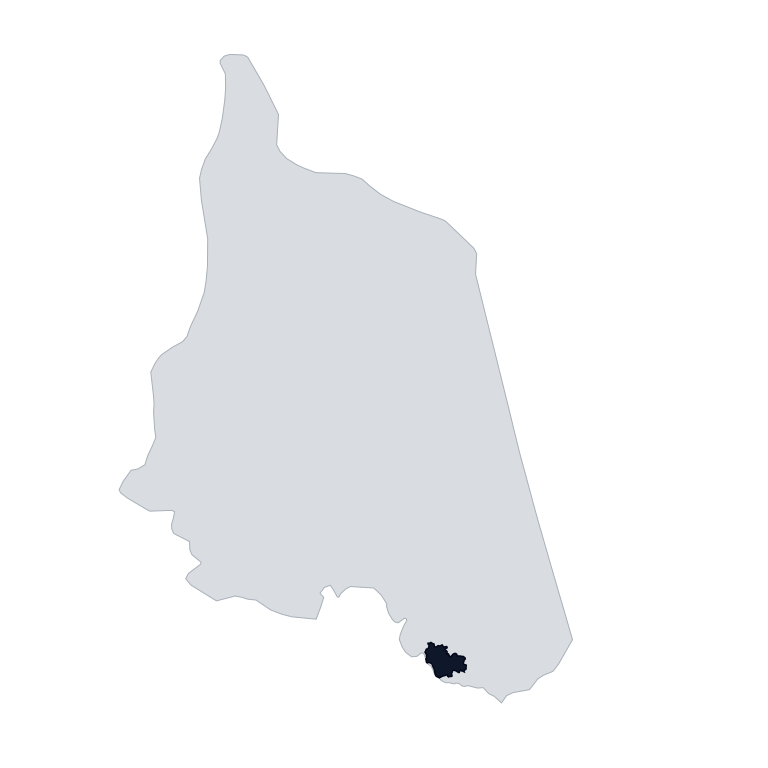 Qatana, Rif Dimashq, Syria shown in context, rotated 290°
{"feature_id": "27442178B63011141740515", "entity_name": "Qatana", "entity_type": "district", "adm_level": 2, "iso_a3": "SYR", "parent_name": "Syria", "parent_adm1": "Rif Dimashq", "projection": "equal_earth", "projection_center": [36.018, 33.361], "detail": "fine", "context": "in_parent", "style": "filled", "palette": "ink", "viewbox_px": 768, "rotation_deg": 290, "n_neighbors": 0, "source": "geoboundaries", "source_scale": "gbopen_adm2", "svg_char_len": 6221}
<svg xmlns="http://www.w3.org/2000/svg" viewBox="0 0 768 768"><g transform="rotate(290 384 384)"><path d="M133.2,264.3L139.1,265.0L151.9,273.3L154.0,273.0L157.8,262.1L161.6,258.4L169.4,255.1L171.6,237.5L175.3,234.1L179.7,232.3L186.5,231.9L192.4,230.9L192.7,227.8L184.4,207.4L185.2,202.2L189.1,181.8L191.6,173.8L194.0,171.2L203.3,172.2L216.4,175.8L219.9,181.7L226.3,186.9L236.0,186.5L247.0,187.5L255.7,187.9L262.6,184.2L278.2,177.3L285.9,175.0L292.9,172.0L315.4,160.8L324.5,161.7L330.7,163.1L335.4,164.9L346.2,172.6L355.0,180.3L361.2,182.6L372.3,182.5L388.4,184.0L408.1,183.8L419.5,181.7L434.1,177.9L460.1,168.7L494.2,149.6L514.2,140.3L522.9,139.2L534.2,139.1L545.6,141.5L558.5,143.2L564.4,143.1L578.3,141.2L596.3,137.3L607.5,134.1L621.1,128.9L629.4,120.3L632.1,119.4L635.7,121.0L637.4,121.6L641.0,126.5L645.0,139.1L645.1,140.5L644.5,144.1L635.8,154.6L624.0,168.7L615.6,177.6L601.2,192.7L590.3,195.9L571.9,201.4L567.1,206.6L562.6,215.2L560.2,226.8L559.5,234.1L559.3,247.8L564.0,262.0L568.5,275.6L569.2,284.6L569.0,293.5L565.1,303.0L561.0,316.0L558.8,330.7L558.0,358.4L558.5,382.0L558.2,385.8L550.9,402.5L542.3,422.0L538.2,426.5L518.6,432.4L497.3,446.7L473.5,462.7L451.8,477.3L429.0,492.6L405.4,508.5L388.4,519.8L365.7,535.0L345.0,549.6L324.0,564.3L308.1,575.6L283.8,593.3L269.5,603.7L248.5,619.1L230.1,632.6L208.2,648.6L180.6,643.8L171.9,641.1L164.8,633.4L159.5,629.4L146.5,625.2L138.2,610.9L133.2,605.8L124.5,603.5L128.2,594.4L128.9,588.3L132.6,581.0L130.3,576.1L129.2,565.9L127.5,563.4L126.9,560.7L128.2,557.4L127.7,554.0L126.2,552.6L125.6,547.5L124.3,543.7L125.0,539.1L126.9,536.1L128.9,530.4L131.1,528.6L134.8,525.0L135.8,521.3L139.1,517.6L143.5,514.6L144.5,512.2L143.9,510.8L139.4,508.1L137.1,503.4L139.2,496.4L140.6,494.3L143.2,490.9L149.1,485.8L153.8,485.0L157.8,485.0L164.6,485.4L169.8,486.3L171.1,485.0L170.9,483.3L164.5,479.1L164.1,475.8L165.7,472.2L170.3,466.6L175.8,462.5L178.5,461.7L184.8,453.4L188.8,444.2L182.2,421.7L178.3,418.1L172.0,415.0L168.2,414.5L167.9,413.0L172.9,407.3L176.5,402.4L172.5,397.6L165.5,395.4L162.9,400.3L153.8,400.8L139.8,400.7L133.7,377.0L132.7,366.7L132.9,354.9L137.2,337.6L135.2,329.5L135.0,324.1L133.9,316.7L122.9,300.7L129.0,271.4L133.2,264.3Z" fill="#d9dde1" stroke="#a8b0b8" stroke-width="1"/><path d="M158.4,533.2L158.7,532.6L158.5,532.0L158.1,531.7L157.9,531.5L157.6,530.6L157.5,530.1L157.6,529.5L157.9,529.0L158.4,528.5L158.4,528.4L158.5,528.4L158.8,528.0L158.7,527.7L158.4,527.6L157.8,527.3L157.6,526.8L157.4,526.4L156.8,525.8L156.6,525.3L156.8,524.7L156.1,523.8L155.5,523.6L155.0,523.3L154.7,522.8L154.5,522.1L154.5,521.7L154.7,521.3L155.2,520.8L155.8,520.5L156.9,519.7L156.6,519.0L156.6,518.8L157.0,517.6L157.2,516.4L156.5,515.8L156.0,515.6L155.7,514.7L155.5,514.0L155.1,514.1L154.7,514.3L154.4,514.9L154.3,515.4L153.8,515.6L153.0,516.0L152.1,515.9L151.2,516.0L150.8,516.0L150.3,515.8L149.9,515.3L149.5,514.6L149.1,514.4L148.5,514.4L147.6,514.5L146.1,514.2L146.0,514.3L145.8,514.5L145.5,514.9L145.3,515.1L145.2,515.2L145.1,515.3L144.9,515.5L144.6,516.1L144.4,516.3L144.3,516.5L144.2,516.8L143.9,517.0L143.6,516.9L143.3,516.8L143.2,516.8L142.8,516.9L142.6,517.0L142.4,517.1L142.2,517.2L142.0,517.4L141.9,517.5L141.7,517.5L141.4,517.7L141.3,517.8L141.2,517.8L140.9,517.8L140.7,517.7L140.2,517.4L139.8,517.4L139.7,517.5L139.4,517.7L139.3,517.8L139.3,518.0L139.2,518.1L138.8,518.2L138.7,518.2L138.5,518.3L138.1,518.4L137.8,518.5L137.7,518.6L137.5,518.8L137.4,518.9L137.3,519.0L137.2,519.0L137.0,519.3L136.9,519.4L136.9,519.5L136.7,519.7L136.7,519.8L136.7,520.0L136.8,520.3L137.0,520.5L137.3,520.6L137.6,520.7L137.7,520.9L137.7,521.0L137.7,521.3L137.7,521.7L137.7,522.1L137.7,522.5L137.7,523.0L137.7,523.5L137.7,523.9L137.6,524.2L137.6,524.3L137.5,524.5L137.3,524.6L137.2,524.8L137.1,525.0L136.9,525.1L136.7,525.3L136.6,525.5L136.3,525.8L136.2,525.8L136.0,526.0L135.8,526.1L135.7,526.2L135.4,526.5L135.2,526.6L135.0,526.8L134.8,526.9L134.7,527.1L134.5,527.3L134.4,527.4L134.3,527.6L134.2,527.7L134.1,527.8L134.0,528.0L133.9,528.1L133.7,528.3L133.4,528.5L133.2,528.6L133.0,528.8L132.8,528.9L132.7,529.0L132.4,529.2L132.2,529.4L131.9,529.5L131.7,529.6L131.4,529.8L131.2,529.9L131.0,530.0L130.9,530.1L130.6,530.2L130.5,530.3L130.4,530.4L130.1,530.5L129.8,530.7L129.7,530.8L129.4,531.0L129.2,531.1L128.9,531.3L128.6,531.5L128.4,531.7L128.3,531.8L128.2,531.9L128.1,532.0L127.9,532.1L127.7,532.3L127.6,532.5L127.4,532.8L127.3,533.0L127.2,533.1L127.2,533.3L127.1,533.5L127.1,533.8L127.1,534.0L127.1,534.4L127.1,534.5L127.0,534.9L127.0,535.0L126.9,535.1L126.9,535.3L126.9,535.6L127.0,535.8L127.0,536.0L126.9,536.3L126.8,536.5L129.3,538.8L130.1,539.8L130.9,541.0L131.0,541.0L131.7,541.9L132.3,542.8L132.3,543.1L131.7,543.4L131.4,543.6L131.2,543.8L131.4,544.0L131.3,544.3L131.1,544.5L130.8,544.8L131.2,545.3L131.6,545.8L131.8,546.4L132.1,547.0L132.5,547.7L132.8,547.8L133.3,547.6L133.9,546.9L134.4,547.0L134.9,546.5L135.3,546.4L136.1,546.6L136.9,546.7L137.7,546.5L138.3,546.6L138.6,546.8L138.8,547.2L138.8,547.4L138.9,547.8L139.0,548.2L139.0,548.8L139.0,549.4L139.0,550.1L138.9,550.4L138.6,551.5L138.4,552.7L138.5,553.1L138.7,553.4L139.6,553.3L140.3,553.5L141.2,553.5L141.3,553.6L141.1,554.3L141.0,554.7L140.9,555.2L141.1,555.6L140.9,557.9L141.6,557.4L142.5,557.4L143.7,558.5L144.6,558.5L145.2,558.3L145.8,558.1L146.1,557.9L146.3,557.6L146.9,557.7L147.4,557.7L147.9,557.5L148.1,557.0L147.9,556.0L148.2,554.3L148.6,553.9L149.1,553.8L149.7,554.0L150.6,554.0L150.7,553.9L150.8,553.9L151.0,553.8L151.0,553.7L151.3,553.7L151.5,553.7L151.8,553.7L151.8,553.8L152.0,553.8L152.7,554.2L153.4,554.4L154.4,553.8L154.9,552.2L155.1,552.0L155.0,551.4L154.8,550.7L154.6,549.8L154.5,548.8L154.1,547.6L153.9,546.8L153.5,546.2L153.6,545.7L154.1,545.4L154.8,544.9L155.1,544.5L155.3,543.3L155.1,542.9L154.8,542.3L154.0,541.6L153.7,541.3L153.4,541.1L153.1,540.9L152.3,541.2L151.6,540.4L151.2,540.3L150.8,540.2L150.4,539.8L150.3,539.5L150.3,539.3L150.4,538.9L150.8,538.6L151.2,538.1L151.4,537.5L151.7,537.1L152.1,537.2L152.3,537.1L152.4,536.7L152.3,536.2L152.0,535.6L151.8,535.2L151.9,534.9L152.0,534.8L152.6,535.0L153.3,535.1L153.9,534.9L154.3,534.6L154.6,534.0L154.8,531.9L155.1,531.7L156.2,532.2L156.8,533.0L157.6,533.5L158.2,533.4L158.4,533.2Z" fill="#0f172a" stroke="#020617" stroke-width="1.5"/></g></svg>